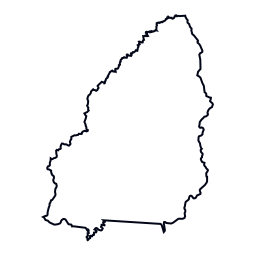 Tsangano, Tete, Mozambique (Albers equal-area conic projection)
{"feature_id": "85939544B8789366603018", "entity_name": "Tsangano", "entity_type": "district", "adm_level": 2, "iso_a3": "MOZ", "parent_name": "Mozambique", "parent_adm1": "Tete", "projection": "albers", "projection_center": [34.263, -15.088], "detail": "fine", "context": "isolated", "style": "outline", "palette": "ink", "viewbox_px": 256, "rotation_deg": 0, "n_neighbors": 0, "source": "geoboundaries", "source_scale": "gbopen_adm2", "svg_char_len": 5731}
<svg xmlns="http://www.w3.org/2000/svg" viewBox="0 0 256 256"><path d="M62.0,143.5L61.4,144.3L60.6,146.4L60.7,148.6L59.7,149.2L58.7,149.4L58.2,150.3L56.8,149.9L56.1,150.7L56.3,152.1L56.2,153.0L56.8,155.5L56.7,156.9L55.3,157.9L53.9,158.2L52.4,159.1L51.7,159.1L50.7,158.4L50.6,160.5L49.9,162.4L49.8,165.4L48.8,166.2L47.8,166.5L47.3,167.7L47.3,168.5L47.6,169.2L49.1,169.5L51.1,170.6L51.1,171.9L51.4,173.2L51.7,173.4L51.9,174.6L53.8,176.3L54.0,177.8L53.2,180.1L53.7,181.9L54.7,183.2L56.2,183.8L56.7,185.7L56.5,187.1L55.4,188.8L55.0,191.9L55.5,194.1L55.3,195.5L52.4,199.7L52.1,200.0L51.0,200.3L50.3,202.8L49.7,203.3L49.5,204.4L49.6,205.5L48.7,207.7L47.6,212.3L47.6,214.0L47.4,215.0L46.6,215.8L45.4,215.9L43.1,217.0L44.1,217.6L45.5,220.0L47.9,220.7L49.5,222.4L54.2,224.6L55.2,224.6L58.2,224.1L60.1,223.3L60.8,222.2L61.1,221.0L62.0,219.8L63.4,219.0L64.3,219.0L65.3,219.4L65.9,220.1L68.5,224.2L71.2,224.6L71.5,224.9L72.0,226.4L73.7,226.3L85.5,227.8L86.9,229.3L87.9,229.3L88.7,230.3L88.5,231.0L87.7,230.9L88.7,232.3L88.7,233.1L87.6,233.3L87.9,235.7L86.7,236.7L86.6,237.1L86.8,237.7L87.6,238.2L87.7,238.5L87.5,239.2L87.6,239.9L87.0,240.6L88.0,240.0L89.0,238.7L90.1,238.1L89.9,236.1L90.6,235.8L91.4,236.4L92.2,236.2L92.3,235.5L92.9,235.0L93.7,235.0L94.0,234.8L93.8,233.7L94.0,232.6L94.8,232.6L95.5,232.1L96.0,232.3L96.2,232.1L96.5,231.5L96.4,230.6L94.5,229.5L95.6,228.2L96.3,228.0L96.6,228.3L97.5,228.5L98.4,229.7L101.0,230.5L102.0,229.9L102.7,228.5L101.7,227.2L101.1,227.0L101.0,226.7L101.5,225.9L101.6,224.8L102.4,224.7L104.3,225.4L104.5,225.3L104.4,224.8L103.9,224.6L103.1,222.3L103.4,221.9L104.8,221.9L104.9,221.4L103.6,220.3L160.4,223.9L161.0,224.3L161.8,225.3L163.8,232.0L164.6,231.1L164.9,230.2L163.8,223.3L164.1,222.1L165.1,222.0L166.3,223.0L171.1,223.5L173.1,222.7L178.2,218.9L178.8,218.7L182.0,218.8L183.5,218.5L184.5,217.8L185.1,216.3L184.6,213.2L185.3,211.7L185.3,211.0L185.2,209.8L184.5,208.8L184.3,207.9L184.9,206.1L185.5,202.4L185.8,201.8L188.6,199.6L188.9,199.0L189.2,197.2L190.0,195.9L190.6,195.7L191.6,195.9L193.4,198.2L193.8,198.4L194.8,198.3L195.9,197.6L197.0,195.5L200.3,194.0L200.6,193.0L199.8,190.7L199.8,189.9L200.2,189.2L204.9,185.0L206.5,182.8L207.1,181.4L207.1,176.8L206.5,176.6L206.2,174.1L206.3,173.1L207.8,170.8L207.8,169.8L206.3,168.4L205.7,167.1L204.4,165.7L204.1,164.8L204.5,162.8L202.1,162.0L200.9,159.6L200.9,158.5L202.0,157.3L202.0,156.1L202.5,155.0L202.7,154.0L202.3,153.3L201.6,152.7L200.9,151.7L200.7,149.9L201.8,148.8L201.2,148.2L200.4,146.1L200.0,143.4L198.5,140.8L198.4,140.0L198.6,137.2L199.0,136.3L201.4,135.4L202.5,134.3L202.5,132.8L203.7,129.7L203.2,128.3L202.7,127.9L201.5,127.4L200.8,127.8L199.8,127.6L199.3,126.9L199.1,126.1L199.5,124.9L199.8,122.0L201.7,119.4L203.0,118.3L204.4,116.7L206.2,116.3L207.8,114.9L207.9,113.8L207.5,113.1L207.7,111.8L208.3,110.3L209.2,109.0L210.3,108.0L211.9,107.2L212.9,104.4L212.5,103.4L210.1,101.3L210.1,100.7L210.7,99.4L210.9,97.7L209.6,97.5L206.3,96.0L206.2,93.8L205.6,92.9L204.6,92.2L203.8,85.8L202.4,83.1L200.6,78.1L200.3,77.5L198.9,76.3L197.3,75.4L198.1,71.7L200.5,69.0L200.3,59.8L199.3,54.7L200.3,53.1L201.1,52.8L202.3,51.9L202.4,50.7L200.1,45.4L199.2,44.1L197.6,42.7L197.5,41.7L198.1,41.0L197.8,40.3L194.1,35.6L192.3,34.1L191.3,30.3L191.6,29.2L191.5,28.5L190.3,27.2L189.8,26.2L189.1,24.0L187.6,22.7L187.4,21.8L187.7,20.2L186.5,18.8L185.2,16.3L185.2,15.7L179.5,16.1L178.1,15.8L177.0,16.3L176.1,15.4L175.8,15.8L175.3,15.7L175.1,16.2L174.7,16.3L174.5,17.1L174.1,17.4L174.0,17.9L172.8,18.7L172.0,18.4L171.7,17.9L171.3,18.1L170.8,17.7L170.2,17.9L169.4,17.7L168.2,16.7L168.0,17.1L167.4,17.3L167.7,18.2L166.9,18.4L166.7,19.0L165.8,19.1L165.7,19.8L165.1,20.5L164.1,21.1L163.2,21.3L163.0,21.7L162.2,22.2L161.4,21.9L160.9,22.1L160.6,22.5L160.0,22.4L159.5,22.9L158.5,22.5L158.0,22.7L157.7,23.1L157.0,23.0L156.7,23.1L156.6,24.5L157.0,25.2L156.3,26.7L156.5,27.6L156.3,29.3L156.0,29.6L156.6,30.4L156.1,30.3L154.7,30.9L154.3,30.8L153.6,31.5L152.7,31.5L152.1,31.3L152.1,31.8L151.7,32.0L151.0,32.0L150.7,31.6L150.1,32.2L149.7,31.5L149.1,31.9L147.8,31.9L147.3,32.3L146.4,31.8L146.1,31.9L145.8,32.8L146.6,33.9L147.1,34.0L147.1,34.8L148.0,36.0L147.7,36.1L147.4,35.8L146.0,36.2L145.2,35.6L144.2,36.2L143.2,36.1L143.5,38.2L144.0,39.9L142.9,40.5L142.7,42.4L142.1,42.5L139.5,41.6L139.0,41.7L139.3,42.2L139.1,43.5L139.8,44.1L138.8,45.1L138.2,44.9L137.7,45.2L138.5,46.6L137.8,48.1L137.4,50.8L137.2,50.9L136.6,50.2L136.0,50.1L135.3,51.2L133.7,52.4L133.2,52.1L132.7,52.2L132.2,53.4L131.0,53.3L130.9,53.5L131.5,55.3L131.1,55.9L128.6,55.5L127.6,54.5L127.0,54.5L126.7,54.9L127.2,56.3L126.8,57.7L126.1,57.8L124.3,57.2L123.9,57.3L123.7,57.9L122.2,58.0L121.7,59.2L120.9,59.6L120.5,60.6L120.7,61.6L120.1,61.9L119.8,63.2L120.0,64.7L118.9,65.1L119.0,65.9L118.1,68.3L117.6,68.7L115.8,68.8L115.3,69.0L115.3,70.2L115.7,71.2L115.7,71.8L115.0,71.5L114.2,71.7L113.8,71.3L112.9,71.4L112.2,70.6L111.1,71.2L110.5,71.9L109.8,72.1L109.5,73.1L107.9,75.9L108.1,76.7L107.3,77.2L107.4,77.8L107.1,78.1L106.2,78.7L105.8,79.4L105.6,80.8L104.8,81.4L104.7,81.7L105.0,82.3L104.8,83.1L104.4,83.3L104.3,82.9L101.8,81.8L97.6,85.8L97.6,86.1L98.4,87.3L98.5,88.0L98.3,88.4L97.9,88.7L97.4,90.0L96.1,90.8L95.1,90.1L93.8,90.0L93.2,89.3L91.0,91.5L90.8,93.0L90.2,94.0L89.5,94.8L88.7,95.2L87.9,96.7L87.7,97.9L87.3,98.6L88.2,101.2L87.9,104.1L87.1,105.6L88.3,107.8L88.1,109.2L88.7,110.5L87.1,112.1L84.4,113.4L85.3,115.0L86.3,116.1L85.7,118.6L84.5,121.7L84.5,122.2L85.7,124.8L85.6,125.7L86.3,126.9L86.4,128.8L86.9,129.7L87.8,130.0L87.7,130.9L86.6,131.4L84.9,130.8L83.3,131.3L81.9,132.5L81.8,133.8L81.5,134.0L78.8,133.8L78.2,134.8L75.6,135.4L74.4,135.3L71.3,136.9L71.3,139.2L70.5,140.2L69.9,141.9L70.5,143.9L69.3,145.5L68.5,145.6L66.4,144.4L64.2,144.3L62.9,143.6L62.0,143.5Z" fill="none" stroke="#020617" stroke-width="2"/></svg>